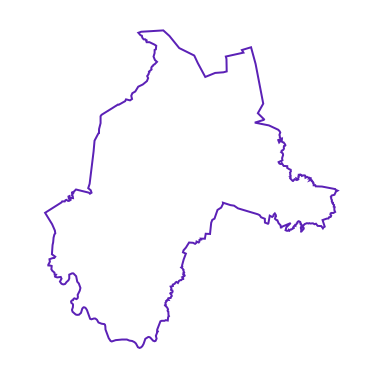 Coyuca de Catalán, Guerrero, Mexico (Albers equal-area conic projection), rotated 184°
{"feature_id": "50627088B15747692686260", "entity_name": "Coyuca de Catalán", "entity_type": "district", "adm_level": 2, "iso_a3": "MEX", "parent_name": "Mexico", "parent_adm1": "Guerrero", "projection": "albers", "projection_center": [-101.014, 18.091], "detail": "fine", "context": "isolated", "style": "outline", "palette": "violet", "viewbox_px": 384, "rotation_deg": 184, "n_neighbors": 0, "source": "geoboundaries", "source_scale": "gbopen_adm2", "svg_char_len": 5902}
<svg xmlns="http://www.w3.org/2000/svg" viewBox="0 0 384 384"><g transform="rotate(184 192 192)"><path d="M231.9,351.2L253.9,348.3L256.6,347.1L254.3,344.8L252.9,344.4L252.4,342.6L251.4,341.4L250.5,340.8L249.5,341.1L247.9,340.2L248.3,339.6L247.7,338.3L244.9,338.5L239.6,336.4L237.9,335.4L238.0,331.8L239.2,331.1L239.0,328.0L239.8,324.4L238.2,321.1L236.0,319.4L238.3,316.7L239.3,316.2L239.7,315.2L240.8,314.3L241.3,312.8L240.9,311.4L243.3,309.1L242.9,308.4L243.6,307.2L243.5,306.5L244.8,304.5L243.7,302.6L244.7,299.5L248.6,295.8L253.0,293.3L255.6,288.3L258.4,286.4L259.3,283.7L258.3,280.6L260.2,279.1L264.3,279.8L265.0,278.0L271.2,273.9L271.9,274.1L287.6,262.7L288.5,261.2L288.0,254.3L289.1,248.3L288.9,244.2L289.5,243.9L292.8,236.4L293.0,225.7L294.7,193.0L295.8,188.6L293.1,186.6L292.2,184.3L293.7,183.2L294.7,184.1L296.3,184.4L307.9,186.4L309.9,184.1L310.1,183.3L311.3,183.5L311.7,183.1L311.7,182.6L310.6,182.2L311.6,180.5L310.7,179.6L310.3,177.6L313.7,177.9L314.0,179.4L314.9,178.9L314.4,176.9L313.5,175.9L312.6,176.1L312.5,175.7L314.2,174.5L315.1,174.5L316.8,175.4L317.7,174.9L318.3,173.7L320.8,173.6L321.5,172.5L337.1,161.0L329.3,150.1L326.1,144.0L325.5,141.2L326.3,140.1L326.9,136.8L327.0,132.1L327.4,129.4L327.4,120.1L323.9,117.9L324.8,116.6L326.5,116.3L329.5,115.0L328.9,112.5L330.3,109.4L330.2,108.7L327.8,108.7L326.8,108.4L326.9,105.1L325.8,103.6L323.6,102.0L323.3,100.1L321.9,100.0L322.8,98.2L322.6,97.9L320.5,97.4L317.0,98.1L316.1,96.4L317.5,93.4L315.9,91.5L314.9,91.0L313.5,90.9L312.1,91.5L310.9,93.4L309.1,95.3L308.4,97.1L308.7,101.0L305.9,102.5L304.6,102.5L301.7,99.9L300.2,94.5L298.5,92.8L296.6,88.5L297.1,85.7L298.9,81.4L298.5,79.4L298.7,78.1L299.7,77.1L302.0,77.7L302.9,76.8L303.2,75.8L303.9,75.7L305.0,74.5L304.7,73.1L303.2,72.0L302.8,71.2L302.8,68.7L303.5,66.0L302.8,64.2L299.5,61.7L298.1,61.4L296.2,61.7L294.3,63.7L293.3,68.1L292.2,69.4L291.0,69.4L289.8,68.6L288.5,66.8L284.8,58.4L283.5,58.0L280.9,59.0L279.6,59.0L277.9,57.9L276.2,55.3L273.0,54.3L270.3,54.1L269.6,53.6L269.1,52.0L268.7,48.8L264.9,40.4L262.8,37.7L261.6,37.3L257.8,38.9L251.2,40.0L246.7,40.3L244.0,39.4L241.3,39.2L238.9,38.2L237.4,37.0L235.1,33.4L233.4,32.8L232.2,33.3L230.9,34.6L229.7,37.1L228.3,42.3L225.7,44.2L224.9,44.4L223.5,43.9L220.5,41.0L219.0,40.5L218.0,40.9L217.1,43.2L218.0,46.0L216.8,49.9L215.8,51.2L217.1,50.4L217.1,52.3L214.5,60.8L213.3,61.4L210.4,61.6L209.3,62.3L207.2,62.1L207.1,65.5L206.3,66.6L206.8,67.2L207.3,71.1L207.8,71.3L208.1,72.1L207.7,73.3L208.8,75.1L210.9,76.9L210.4,77.4L210.7,77.6L210.4,77.9L210.8,79.6L209.7,81.3L210.1,81.6L209.1,82.7L207.9,82.7L208.5,83.5L208.2,84.4L205.9,84.8L205.7,85.8L205.0,86.6L205.0,87.4L206.6,89.3L206.3,89.9L204.7,90.3L204.4,91.4L204.7,92.4L206.1,92.9L205.8,94.6L206.7,96.2L204.5,96.9L204.7,98.3L202.9,99.2L202.0,100.7L201.2,101.2L199.7,100.3L198.8,102.4L197.4,103.3L196.7,103.3L195.8,104.3L194.7,104.6L194.8,105.5L195.8,106.4L193.9,107.6L194.7,108.8L193.9,108.8L194.9,110.6L194.2,111.1L195.2,113.2L195.0,113.7L196.4,115.3L197.5,116.0L196.5,117.0L196.8,118.0L195.6,124.1L193.8,130.1L196.8,131.2L196.4,133.2L194.2,136.1L191.4,141.4L187.4,141.4L185.3,140.5L184.2,141.5L184.0,142.9L181.8,142.1L181.2,142.9L181.2,144.7L179.6,145.2L180.0,146.1L175.9,146.3L175.4,151.3L171.1,151.4L170.7,162.7L169.8,165.6L167.7,167.0L165.3,175.9L161.8,178.5L160.2,182.4L160.4,183.5L152.7,181.6L149.1,181.3L145.0,178.9L124.9,174.4L122.9,173.6L121.3,171.6L117.5,170.4L117.1,166.6L114.0,165.6L113.6,166.1L112.8,173.8L110.3,172.7L109.0,174.0L109.0,175.1L107.9,176.4L106.8,174.9L106.5,173.5L107.0,173.0L107.4,171.1L105.7,169.8L104.9,169.8L103.5,167.0L101.3,164.9L100.9,162.8L100.2,162.9L99.9,163.6L91.4,167.9L95.4,163.4L96.0,160.4L94.5,159.9L93.3,160.1L93.0,160.7L92.7,160.2L92.2,160.1L92.0,160.8L91.1,161.5L90.5,161.4L88.5,162.8L88.8,163.2L88.7,163.5L88.0,163.5L88.2,164.4L87.9,165.0L87.2,165.7L86.5,165.5L86.6,166.4L86.2,166.4L85.3,167.6L85.3,168.2L84.6,168.6L84.5,169.7L83.6,170.3L83.1,170.2L82.0,169.7L82.0,168.9L81.2,168.3L81.4,167.5L80.6,167.0L80.5,165.3L81.0,163.9L80.3,161.7L80.4,160.2L80.1,160.2L78.0,163.1L78.9,164.0L78.4,164.5L79.1,165.2L79.8,165.3L79.9,165.8L78.3,166.7L77.3,167.9L75.2,168.9L73.5,168.7L72.9,169.1L71.7,168.8L69.2,169.2L67.6,168.4L66.1,169.0L64.3,167.0L60.6,167.0L58.9,164.9L58.5,165.7L57.2,166.7L59.8,173.1L55.6,174.9L54.0,175.1L53.5,176.4L52.0,176.8L51.6,177.6L51.5,178.3L52.4,179.1L52.2,180.4L51.2,180.9L49.6,180.9L47.8,182.1L48.7,183.8L48.9,185.8L48.6,186.8L49.6,187.2L49.4,189.0L50.5,189.8L50.6,191.0L51.2,190.9L52.0,192.7L51.8,193.6L52.7,195.0L52.7,196.1L53.2,196.8L52.4,198.2L49.7,199.2L48.5,202.4L46.9,203.5L48.9,204.2L49.3,204.9L62.7,206.5L69.0,206.3L69.5,207.4L71.1,207.2L71.3,209.2L71.8,209.3L72.0,210.4L73.1,211.0L72.9,211.4L73.3,212.0L74.2,212.5L75.2,212.0L74.4,213.3L74.6,214.1L75.8,213.8L75.6,214.1L76.1,214.5L77.0,214.5L78.3,215.1L79.8,214.2L80.2,216.1L80.6,216.4L82.2,216.3L83.5,215.7L83.9,216.5L85.1,217.0L86.0,216.8L85.5,216.4L86.3,216.2L86.2,215.8L87.0,215.2L86.6,214.2L87.2,212.5L86.9,212.0L87.6,211.6L87.9,212.5L88.5,212.7L88.3,212.3L88.7,211.4L90.6,211.9L91.9,210.1L92.4,210.1L95.0,212.5L94.7,213.2L95.2,213.8L94.8,213.9L94.7,215.1L95.3,215.9L95.1,216.8L95.6,218.1L94.8,219.4L95.1,221.1L96.5,221.5L98.7,222.7L98.8,224.4L102.4,224.4L104.4,227.0L104.7,226.3L105.5,226.1L106.7,226.4L107.5,227.4L107.7,227.9L104.0,229.9L104.5,232.1L103.7,235.3L104.1,236.8L105.8,238.0L105.3,238.5L105.4,239.5L103.9,240.4L103.3,241.6L103.6,243.2L103.4,244.3L102.6,244.5L102.1,245.1L102.4,245.9L104.1,247.9L105.1,248.0L106.0,248.6L106.0,250.7L108.5,247.5L109.6,249.8L106.6,251.4L108.2,252.7L108.3,254.0L108.8,255.0L108.1,257.5L108.8,258.7L110.3,260.1L119.9,263.8L134.2,265.6L125.5,268.9L125.2,269.5L131.8,275.2L127.1,285.1L137.5,324.2L143.2,340.5L152.1,337.1L150.4,334.6L167.7,329.5L166.9,327.1L165.8,314.7L169.0,313.6L177.2,312.4L186.8,307.7L195.2,321.0L199.3,328.3L214.8,334.7L225.4,346.1L231.9,351.2Z" fill="none" stroke="#5b21b6" stroke-width="2"/></g></svg>